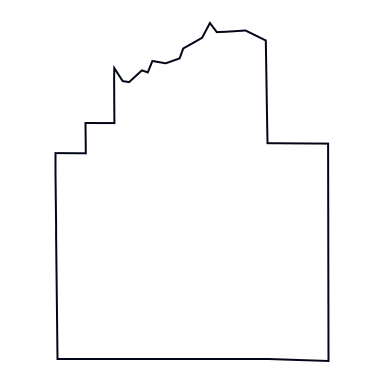 Christian, Illinois, United States of America (Equal Earth projection)
{"feature_id": "52423323B8953724848659", "entity_name": "Christian", "entity_type": "district", "adm_level": 2, "iso_a3": "USA", "parent_name": "United States of America", "parent_adm1": "Illinois", "projection": "equal_earth", "projection_center": [-89.314, 39.586], "detail": "fine", "context": "isolated", "style": "outline", "palette": "ink", "viewbox_px": 384, "rotation_deg": 0, "n_neighbors": 0, "source": "geoboundaries", "source_scale": "gbopen_adm2", "svg_char_len": 475}
<svg xmlns="http://www.w3.org/2000/svg" viewBox="0 0 384 384"><path d="M225.4,31.8L216.8,32.1L209.9,23.0L202.1,37.8L183.2,48.5L179.6,58.4L165.7,63.3L152.4,61.0L147.8,72.4L141.9,70.4L129.1,82.1L122.7,81.1L114.3,68.1L114.1,78.2L114.4,123.1L85.5,123.0L85.8,153.3L55.5,153.1L55.5,173.4L56.1,224.9L56.1,235.1L57.5,359.0L267.2,359.0L328.5,361.0L328.1,143.9L328.1,143.6L267.5,143.2L267.1,120.4L265.8,40.5L245.5,30.5L225.4,31.8Z" fill="none" stroke="#020617" stroke-width="2"/></svg>